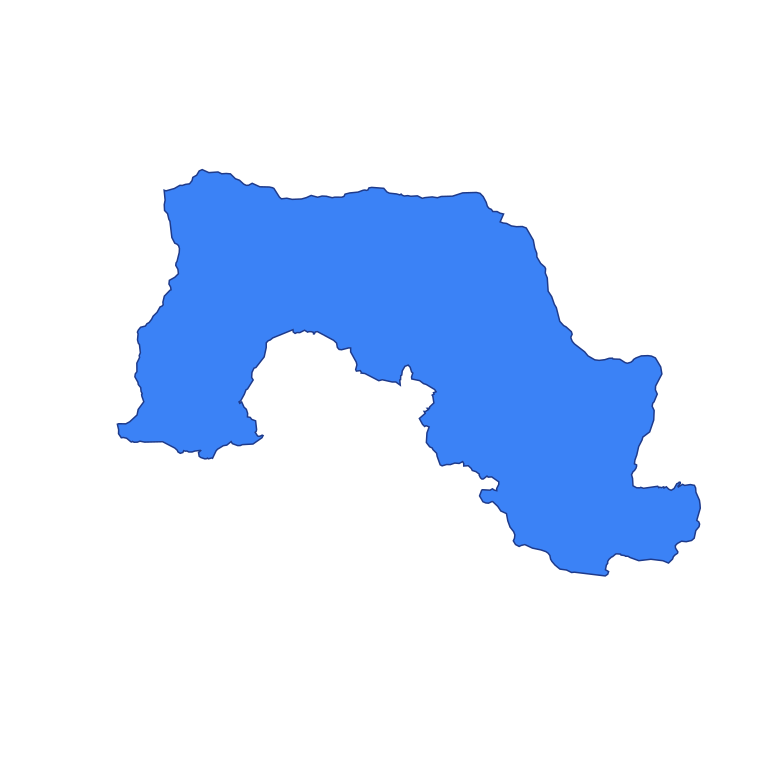 Bulz, Bihor, Romania (Mercator projection), rotated 251°
{"feature_id": "2599482B85347677454523", "entity_name": "Bulz", "entity_type": "district", "adm_level": 2, "iso_a3": "ROU", "parent_name": "Romania", "parent_adm1": "Bihor", "projection": "mercator", "projection_center": [22.68, 46.864], "detail": "fine", "context": "isolated", "style": "filled", "palette": "blue", "viewbox_px": 768, "rotation_deg": 251, "n_neighbors": 0, "source": "geoboundaries", "source_scale": "gbopen_adm2", "svg_char_len": 6171}
<svg xmlns="http://www.w3.org/2000/svg" viewBox="0 0 768 768"><g transform="rotate(251 384 384)"><path d="M187.1,644.5L189.2,640.9L190.2,635.3L191.9,633.6L190.8,628.8L191.7,628.7L193.5,631.9L194.6,632.1L195.1,631.2L194.5,630.1L194.4,628.4L190.7,624.2L190.0,620.9L191.8,619.0L194.9,617.5L194.5,614.9L195.7,615.0L195.7,612.4L196.7,611.2L196.5,610.1L198.2,609.5L200.9,595.4L202.7,593.1L202.5,592.1L203.6,589.1L206.7,586.3L213.9,588.3L217.6,588.5L220.0,590.9L220.7,592.7L222.4,594.9L224.1,596.1L225.3,596.5L227.0,594.8L230.4,596.5L234.6,599.9L241.9,604.4L247.1,609.8L249.5,611.4L252.2,619.6L262.1,627.3L271.0,630.8L275.6,630.3L278.3,631.8L279.2,633.5L285.5,639.1L290.1,638.7L293.6,640.1L303.0,650.0L310.1,651.2L320.3,649.1L323.3,646.0L324.9,642.8L326.8,636.4L326.6,630.7L325.9,627.7L325.2,627.3L324.2,624.5L324.4,620.8L325.8,618.9L330.6,615.1L333.1,608.7L334.0,608.5L335.0,605.3L335.1,600.7L336.3,595.1L338.2,591.2L344.2,586.0L349.1,584.2L359.9,577.1L363.0,575.9L366.3,575.7L367.6,576.0L369.8,578.1L372.5,578.2L378.8,574.7L380.7,572.9L386.0,570.6L400.1,571.8L403.9,571.0L412.0,571.0L418.3,569.4L431.1,572.9L436.4,572.6L440.3,574.3L442.2,574.1L447.0,571.4L454.3,569.9L457.9,571.0L463.4,570.8L471.4,572.0L485.2,569.3L487.9,566.0L489.6,560.5L492.0,555.9L495.9,552.2L497.5,549.0L499.5,546.6L505.8,552.4L507.7,549.4L510.2,547.1L511.7,543.0L514.1,542.4L515.9,540.5L518.4,539.6L522.5,539.8L528.9,538.8L533.0,536.9L535.0,533.8L539.1,520.6L539.3,509.9L542.7,499.1L542.7,495.2L545.2,490.5L546.9,483.4L547.1,480.7L551.0,476.9L552.8,470.4L554.4,467.8L555.1,464.5L556.3,462.9L558.0,462.0L557.7,460.5L559.6,457.8L562.7,451.2L564.6,449.3L569.1,447.5L573.9,436.4L574.3,433.6L572.7,431.9L572.8,430.2L573.6,429.2L574.0,427.3L573.9,421.9L575.8,413.9L576.2,409.0L574.4,407.2L574.4,404.8L576.7,398.3L577.0,395.7L580.3,390.6L581.9,386.6L582.2,382.1L586.0,376.5L585.5,371.3L585.8,366.2L588.5,357.2L591.3,352.6L592.5,347.3L594.6,346.0L604.7,343.6L605.9,342.5L607.6,339.7L610.9,330.8L616.7,324.7L616.0,320.6L616.7,318.4L618.7,316.4L623.7,313.7L626.5,310.3L632.7,307.2L634.4,303.4L635.6,299.0L638.5,296.1L640.9,287.2L645.9,281.9L645.6,278.6L642.4,274.8L641.6,270.5L638.8,268.7L636.6,265.3L637.4,261.2L637.4,258.0L638.3,255.7L637.1,249.4L637.6,240.7L638.8,239.2L629.1,236.9L625.1,234.6L619.5,233.0L615.5,234.8L609.8,234.2L607.6,234.6L591.6,231.1L585.3,232.0L583.6,233.8L581.7,234.8L578.7,234.7L575.0,233.2L567.3,228.2L566.2,226.8L563.9,225.7L559.6,226.5L555.2,225.5L553.0,220.9L551.9,214.8L548.5,213.2L545.2,213.8L542.4,213.3L542.3,212.1L538.6,204.9L533.4,201.6L530.8,201.0L529.9,199.3L529.8,197.4L525.6,192.7L523.3,187.8L520.9,185.4L518.6,181.9L518.2,179.5L516.5,177.3L516.9,172.3L515.0,169.3L513.3,167.7L511.5,167.8L506.0,165.3L502.5,165.0L500.9,165.6L492.8,163.8L490.6,161.8L488.6,161.5L484.2,157.1L476.1,154.4L474.5,152.1L471.9,150.8L465.8,151.9L463.5,151.5L459.8,152.8L456.2,151.9L453.5,152.2L453.0,151.4L451.4,151.1L445.4,151.1L440.0,143.3L435.1,140.4L431.1,131.3L430.4,126.9L432.8,120.2L432.8,118.8L427.1,118.2L423.4,116.8L418.7,118.1L418.3,120.1L416.5,123.0L411.7,125.9L411.3,126.6L411.6,127.5L410.3,128.7L409.3,131.9L409.4,134.6L407.0,138.7L401.5,155.9L391.6,165.3L388.7,166.9L386.8,167.1L384.8,168.8L384.7,171.5L386.2,173.0L385.2,174.2L384.8,175.8L383.2,177.4L382.2,180.5L382.2,183.3L381.0,188.8L380.7,189.0L379.6,186.3L375.8,185.7L374.1,186.9L371.5,190.3L371.1,192.2L371.4,192.9L370.4,193.7L370.1,197.3L369.6,197.7L375.4,203.4L376.5,205.3L378.0,212.0L377.4,215.5L379.3,220.7L377.0,221.2L373.4,225.6L372.6,228.1L372.8,230.3L369.9,240.6L372.9,251.1L374.6,252.9L375.3,252.1L375.0,249.8L375.5,248.1L376.2,247.5L380.3,246.5L380.9,247.8L382.4,248.7L391.0,250.6L393.7,247.3L395.9,246.7L397.4,244.2L400.6,245.5L404.9,245.6L407.7,244.1L413.3,243.6L412.7,241.3L414.3,241.1L414.9,243.2L419.8,248.6L423.5,251.7L423.7,253.3L430.4,261.6L433.3,261.0L437.9,262.9L441.3,266.2L441.3,268.3L448.6,279.5L456.8,284.5L461.3,286.1L462.6,288.6L462.7,290.9L463.8,293.8L465.0,315.6L462.8,315.1L460.8,316.4L461.0,318.5L460.0,321.1L460.7,326.4L457.9,328.7L458.0,329.9L457.2,332.2L455.9,334.0L454.3,333.7L454.1,334.5L455.6,336.0L455.2,338.1L441.7,350.6L438.1,352.5L433.8,351.8L431.3,352.8L430.2,355.0L429.6,362.5L428.9,364.2L425.2,362.9L413.7,364.9L410.9,364.6L406.9,361.9L405.2,362.1L404.4,365.9L402.2,366.4L401.8,366.0L400.1,369.4L388.8,380.2L388.6,383.7L383.3,392.3L382.1,395.8L377.6,399.0L382.7,400.2L382.7,401.1L386.4,402.5L386.7,403.7L390.4,405.5L393.9,409.5L394.0,413.0L391.3,414.2L386.5,414.0L385.0,414.8L381.7,412.3L379.7,411.9L375.6,418.8L371.5,421.5L369.8,423.8L362.3,430.1L359.7,430.7L359.7,428.0L358.2,428.1L357.8,425.9L356.6,426.2L349.9,425.0L347.5,419.8L346.3,419.1L346.9,417.0L345.4,417.7L344.5,414.2L345.0,413.0L342.8,413.4L339.9,406.2L333.3,407.3L330.6,408.6L330.9,410.2L328.7,412.7L323.8,408.7L314.9,405.0L309.8,406.7L307.7,408.8L306.1,408.9L301.4,411.2L298.4,410.7L289.3,410.8L287.7,412.3L287.5,417.0L286.2,420.4L286.2,425.2L284.4,429.2L285.0,433.1L282.9,433.5L280.5,432.7L279.3,437.1L275.7,439.0L273.5,439.3L271.2,442.4L267.7,444.8L266.8,444.3L263.8,444.7L262.2,445.7L261.9,447.1L263.4,451.4L262.0,452.2L261.1,455.6L254.1,460.7L251.7,459.8L248.6,456.6L246.4,455.9L247.8,453.7L249.6,452.4L249.1,449.7L252.0,442.6L251.8,441.8L247.1,437.9L240.5,439.2L238.4,441.5L237.3,444.0L237.7,447.8L237.4,448.5L231.3,451.7L225.9,453.1L221.6,457.6L214.3,456.5L207.6,456.6L202.2,458.5L198.7,458.6L195.6,457.1L193.6,455.2L189.4,456.1L186.4,458.9L186.7,461.3L186.3,464.9L180.5,470.9L176.0,478.4L172.8,482.5L170.6,484.1L167.9,485.0L164.1,484.5L161.6,485.0L157.0,486.8L151.7,490.1L148.7,496.0L144.7,500.0L144.1,502.7L130.5,530.7L131.3,533.6L133.5,535.3L136.3,532.9L140.4,535.3L141.6,537.1L143.4,537.7L145.0,539.7L146.4,542.9L146.3,543.8L147.8,547.7L147.6,548.9L146.1,552.3L145.1,552.4L143.5,555.6L142.5,556.3L141.7,558.6L139.8,560.2L134.0,567.4L131.4,579.3L126.1,590.2L122.1,594.7L124.5,599.8L126.5,601.4L127.6,603.5L128.4,606.4L129.6,607.2L134.0,606.2L136.3,606.8L137.7,609.5L138.5,614.1L136.5,618.4L135.9,623.9L137.2,627.1L143.9,631.1L146.5,635.4L148.8,636.8L151.2,636.7L153.2,635.3L163.6,642.6L167.3,643.6L171.4,644.4L180.2,643.7L184.2,644.8L187.1,644.5Z" fill="#3b82f6" stroke="#1e3a8a" stroke-width="1.5"/></g></svg>